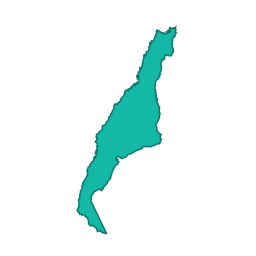 outline of Santa Rita do Araguaia, Goiás, Brazil, rotated 11°
{"feature_id": "56859067B2197394896359", "entity_name": "Santa Rita do Araguaia", "entity_type": "district", "adm_level": 2, "iso_a3": "BRA", "parent_name": "Brazil", "parent_adm1": "Goiás", "projection": "equal_earth", "projection_center": [-53.069, -17.251], "detail": "fine", "context": "isolated", "style": "filled", "palette": "teal", "viewbox_px": 256, "rotation_deg": 11, "n_neighbors": 0, "source": "geoboundaries", "source_scale": "gbopen_adm2", "svg_char_len": 5879}
<svg xmlns="http://www.w3.org/2000/svg" viewBox="0 0 256 256"><g transform="rotate(11 128 128)"><path d="M129.4,67.1L129.9,67.9L128.6,68.9L128.9,70.0L128.7,70.7L128.1,71.0L127.5,70.9L127.8,72.9L127.2,73.7L126.8,75.2L126.8,75.9L128.1,75.0L128.7,75.1L128.8,76.2L127.9,76.4L127.8,77.2L127.9,78.1L128.8,77.8L129.4,78.2L129.8,78.8L129.7,79.7L129.4,80.3L129.5,81.2L128.7,81.4L128.9,82.4L128.5,83.0L127.8,82.2L127.5,83.0L126.7,82.9L126.9,84.8L126.3,84.5L125.7,83.7L125.0,84.0L125.1,85.5L124.2,86.0L124.2,87.3L123.2,87.1L123.6,88.3L123.4,89.0L122.6,88.6L121.9,89.3L121.0,89.6L121.6,90.8L121.0,91.5L120.5,91.0L119.8,90.8L119.1,91.0L118.7,92.0L117.8,92.6L118.3,93.3L117.9,93.9L117.9,94.9L118.1,95.9L117.5,96.8L117.4,97.8L116.7,98.4L116.5,99.4L116.1,100.2L115.4,100.5L115.3,101.5L115.7,102.6L115.3,103.2L114.8,103.6L114.5,104.5L113.7,104.8L113.3,105.3L113.3,106.1L112.9,107.2L112.1,106.7L111.5,106.6L110.3,107.3L110.1,108.6L110.1,109.9L110.4,111.1L110.3,112.2L109.7,113.5L109.0,116.5L108.5,117.1L108.2,118.0L108.3,120.0L107.5,120.4L107.3,121.3L107.3,123.2L106.5,125.5L105.8,126.0L105.5,127.6L104.5,129.8L103.9,130.1L103.3,130.0L102.5,130.5L102.9,133.6L102.8,134.6L101.0,136.7L100.4,137.1L100.2,138.9L99.5,139.5L98.8,139.8L98.3,140.4L98.6,142.0L98.4,142.9L99.0,142.9L99.7,143.7L99.1,143.7L99.5,144.4L100.1,144.5L98.7,147.4L98.8,148.2L99.5,147.9L100.6,149.0L101.3,151.3L100.8,151.8L101.3,152.1L101.5,154.2L101.3,156.2L100.8,156.7L101.4,157.1L102.3,156.7L102.5,158.0L101.0,158.5L100.6,159.2L101.6,159.4L102.2,161.6L101.7,162.5L101.8,163.3L101.2,163.7L100.9,162.5L100.3,162.9L100.4,163.9L100.2,164.9L100.3,166.2L100.6,167.1L99.8,167.6L99.2,167.8L98.9,169.5L98.2,170.1L97.8,170.8L97.2,173.6L96.4,174.1L96.2,176.1L95.8,177.6L96.5,178.6L97.2,182.2L96.7,183.1L96.2,185.3L95.7,186.3L95.5,187.3L95.0,188.1L94.3,190.0L94.1,190.8L94.5,191.5L94.7,192.4L94.2,192.9L93.7,193.9L94.4,195.4L94.5,196.4L93.8,197.9L93.4,199.2L93.7,200.9L93.4,201.9L93.6,203.0L93.6,204.1L93.7,204.9L94.1,205.6L93.9,206.3L93.4,207.0L93.2,208.6L94.3,210.5L94.2,211.4L94.8,212.9L94.3,213.7L94.8,215.4L94.2,216.1L94.2,217.0L93.8,217.7L94.0,218.9L94.6,219.7L95.5,220.0L96.2,220.6L97.0,222.0L97.7,221.6L98.7,221.7L99.4,222.4L100.3,221.9L102.1,221.7L102.6,222.1L103.0,223.2L103.7,223.5L104.5,223.4L106.0,224.9L107.1,227.1L107.4,229.0L108.5,230.4L109.3,230.8L109.8,231.3L111.8,230.2L113.0,231.2L113.9,231.2L114.7,231.4L115.6,232.1L117.2,234.3L117.7,235.4L118.8,234.4L120.5,234.7L121.2,234.5L121.7,234.7L122.4,235.6L123.0,235.5L123.7,235.7L125.3,235.5L126.3,236.0L126.9,235.5L105.3,206.4L105.6,204.7L105.5,203.6L105.1,202.2L105.3,201.0L105.8,200.3L106.0,199.4L107.3,196.4L108.3,196.2L109.1,194.7L111.1,194.2L111.8,193.4L113.4,193.8L114.1,194.4L114.4,193.4L115.2,192.3L115.1,191.3L115.4,190.6L115.7,189.9L116.3,189.7L116.4,188.9L118.1,186.3L118.2,184.4L118.8,183.8L119.1,182.8L119.9,181.9L120.4,180.7L120.3,179.3L120.6,178.1L120.5,177.3L120.9,176.1L120.8,174.3L121.7,170.6L122.1,169.9L122.5,167.9L123.1,167.3L123.5,166.5L124.2,166.0L124.8,165.4L124.9,164.6L124.8,163.4L125.4,163.0L124.5,162.6L124.0,160.9L123.4,160.6L123.1,161.6L122.2,161.5L122.1,160.2L122.7,158.6L123.3,157.6L125.3,158.5L125.9,158.3L126.5,158.9L128.1,159.0L128.8,158.6L129.7,157.5L130.4,157.6L131.0,157.4L131.6,157.0L133.2,153.5L133.7,153.3L134.7,153.3L135.2,152.7L136.0,152.6L136.6,151.7L138.8,150.3L139.7,149.0L141.1,148.3L142.5,147.3L143.1,147.1L143.8,146.4L144.5,146.3L145.8,145.1L146.1,143.9L146.9,143.0L147.7,143.1L148.8,143.0L151.2,142.5L151.8,142.0L152.7,142.3L153.4,142.2L154.0,141.7L154.9,141.5L155.5,140.7L156.4,140.5L159.8,138.0L161.8,137.4L162.4,135.7L162.8,132.7L161.8,132.3L161.4,131.4L161.3,129.4L161.9,127.9L161.0,127.9L158.9,126.9L158.2,126.3L157.2,125.0L156.4,123.3L156.0,122.0L155.5,121.4L155.4,120.2L154.8,119.8L154.4,118.8L155.5,117.1L156.3,114.1L156.4,112.9L156.9,112.2L156.6,110.9L156.5,108.6L156.8,108.0L155.8,106.4L155.5,105.5L155.4,104.6L155.0,103.8L155.2,102.2L154.8,101.2L154.0,100.9L153.0,99.2L152.5,98.0L151.3,96.5L150.6,96.4L151.3,95.4L151.4,94.4L151.1,93.5L149.7,93.3L149.6,90.8L148.9,91.2L148.4,90.3L148.7,89.4L148.8,88.1L148.0,87.3L148.0,86.3L147.7,85.4L147.1,85.1L146.7,83.8L146.8,83.1L146.6,82.2L146.9,80.9L146.5,80.1L146.3,79.1L146.3,76.8L147.0,75.8L147.1,74.8L148.0,74.4L148.7,72.4L149.4,71.7L148.9,71.0L148.7,70.0L149.6,69.1L148.8,67.7L149.2,66.2L149.5,64.4L149.1,60.9L148.6,60.2L147.8,58.0L147.9,57.1L148.2,56.4L148.1,55.2L148.5,55.7L149.3,55.1L149.3,53.9L150.1,53.0L150.7,53.1L150.4,52.2L150.5,51.4L150.1,50.5L150.7,49.3L151.3,49.7L151.9,49.5L152.9,48.6L154.8,49.3L156.6,48.8L157.0,47.8L157.3,46.0L158.0,45.0L157.4,44.0L158.0,43.5L157.3,42.4L157.1,41.5L156.8,40.7L155.8,40.0L155.5,39.2L155.7,38.2L155.2,35.7L155.2,33.8L154.6,33.2L154.5,32.3L154.9,31.4L155.5,30.6L155.6,29.9L155.3,29.2L156.0,28.8L156.5,29.1L156.5,28.1L156.3,27.2L156.7,26.7L157.1,25.6L156.4,25.8L156.1,23.7L156.3,22.9L156.1,21.9L155.4,21.2L155.4,20.0L154.9,20.7L154.2,20.8L154.3,21.6L152.8,21.6L151.6,22.0L150.0,21.4L149.7,22.1L150.4,22.8L150.5,23.9L150.9,24.5L151.0,25.3L150.5,26.1L149.9,26.4L150.1,25.5L150.1,24.8L149.2,24.2L148.5,24.6L149.2,26.1L148.9,26.8L147.2,26.3L147.6,28.1L146.3,28.9L145.6,28.7L145.0,27.7L143.9,28.1L142.8,28.2L142.0,27.5L141.0,27.7L140.3,26.9L139.8,27.5L139.2,27.7L139.0,27.0L138.7,26.3L138.0,26.4L137.4,26.9L137.8,29.5L137.9,30.6L137.3,31.1L137.5,31.9L137.9,32.6L137.3,32.9L137.0,33.6L136.6,35.8L136.7,36.8L136.3,37.5L135.8,37.9L134.4,38.0L134.8,39.0L134.7,39.9L134.2,39.3L133.0,40.3L133.3,41.3L133.7,42.1L133.7,42.9L133.0,44.9L133.8,45.3L133.4,47.3L133.5,48.2L132.7,49.0L131.9,49.3L131.4,50.2L131.7,51.3L131.5,53.1L131.1,54.0L130.5,54.4L130.4,53.6L130.1,53.0L129.6,53.5L129.9,54.9L129.9,55.9L130.0,57.0L130.1,58.0L129.9,59.1L130.0,60.3L130.4,61.4L129.7,62.2L129.9,63.4L130.4,63.9L129.6,65.4L129.9,66.3L129.4,67.1ZM129.4,67.1L129.0,66.3L128.2,66.4L128.4,67.3L129.4,67.1Z" fill="#14b8a6" stroke="#0f766e" stroke-width="1.5"/></g></svg>